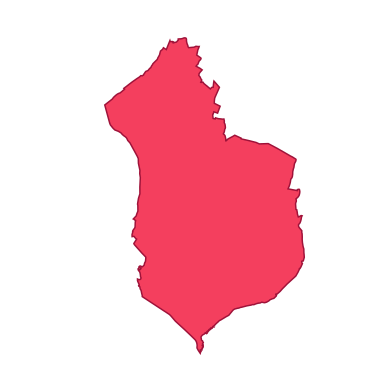 Spinus, Bihor, Romania, rotated 233°
{"feature_id": "2599482B16255250220443", "entity_name": "Spinus", "entity_type": "district", "adm_level": 2, "iso_a3": "ROU", "parent_name": "Romania", "parent_adm1": "Bihor", "projection": "mercator", "projection_center": [22.193, 47.203], "detail": "fine", "context": "isolated", "style": "filled", "palette": "rose", "viewbox_px": 384, "rotation_deg": 233, "n_neighbors": 0, "source": "geoboundaries", "source_scale": "gbopen_adm2", "svg_char_len": 5866}
<svg xmlns="http://www.w3.org/2000/svg" viewBox="0 0 384 384"><g transform="rotate(233 192 192)"><path d="M324.4,256.0L323.7,254.5L323.5,251.6L321.0,248.5L319.7,245.5L318.8,244.1L318.0,238.1L317.4,236.9L317.0,235.5L316.1,233.8L316.2,232.7L315.5,229.9L316.1,227.7L315.8,226.5L315.3,225.3L315.0,224.0L314.6,223.7L314.7,222.3L315.7,221.2L315.5,219.2L315.7,216.4L315.9,210.0L315.8,202.2L315.8,199.9L314.7,200.0L314.6,198.9L314.6,198.0L314.5,197.0L314.4,194.1L314.8,193.0L315.1,191.4L315.1,189.2L314.8,186.3L314.2,184.3L314.0,174.7L296.5,167.7L294.7,167.2L290.8,167.3L288.0,167.7L284.8,169.7L282.4,170.7L281.1,171.0L280.2,170.9L277.9,171.4L276.5,171.9L275.1,172.2L274.1,172.2L271.8,171.7L268.5,172.0L253.6,169.8L251.0,169.2L247.2,166.5L240.6,163.4L238.1,161.3L234.6,159.4L227.4,153.4L221.9,149.3L219.2,145.5L215.1,141.2L213.9,140.7L209.3,137.3L207.6,134.5L206.5,133.1L205.8,128.9L204.9,129.4L204.5,129.3L203.2,129.8L202.9,129.6L202.9,129.4L201.9,128.4L198.7,125.8L197.9,125.0L197.5,123.8L196.9,121.9L196.6,121.3L196.4,121.0L196.1,121.1L194.1,118.5L192.4,117.3L191.6,118.8L191.3,119.0L189.8,119.0L188.6,119.1L187.7,119.4L185.9,114.6L184.8,114.3L173.6,115.2L167.9,115.9L167.1,115.4L164.6,113.1L163.8,111.4L162.3,109.6L162.3,109.1L162.1,107.5L163.1,106.7L163.9,106.3L164.2,105.9L164.3,105.4L164.1,104.5L163.9,104.3L163.5,104.1L163.3,104.2L162.1,105.5L161.8,105.4L161.5,105.0L161.3,104.0L161.3,103.5L161.7,103.1L162.2,103.0L163.1,103.2L163.1,102.7L162.5,102.3L161.8,102.1L159.6,102.1L158.4,101.7L156.9,100.9L155.5,100.0L154.1,99.6L153.4,98.7L153.4,97.9L153.6,97.4L154.2,96.7L155.3,96.1L154.1,95.2L153.4,94.9L149.9,94.1L149.4,93.9L149.2,93.6L149.4,93.1L149.1,92.9L148.6,92.9L147.8,93.3L145.7,92.3L144.0,92.1L141.1,90.7L139.5,90.1L138.4,89.3L107.7,100.3L105.4,100.6L98.8,101.0L87.0,103.2L78.1,104.7L72.0,105.6L69.9,105.4L68.0,104.7L66.4,103.8L64.8,102.4L64.3,102.1L61.8,101.7L58.2,101.5L58.5,101.9L59.2,102.0L59.1,102.9L59.3,103.3L59.5,103.3L59.7,102.7L60.1,102.7L60.1,103.1L59.8,103.6L60.7,103.8L60.0,104.9L60.4,105.0L60.8,105.6L60.6,105.8L60.9,106.4L61.4,106.6L61.4,107.1L61.4,107.6L61.6,107.8L62.3,108.3L62.9,107.7L63.2,107.7L63.4,107.9L63.4,108.2L62.9,108.7L63.6,109.1L64.4,109.0L64.6,109.4L64.8,110.2L65.0,110.5L66.1,110.5L66.6,110.8L66.9,110.8L67.5,110.5L68.2,110.5L69.3,111.2L69.9,111.4L70.4,111.7L70.8,112.0L71.1,112.6L71.3,113.4L71.5,114.3L71.4,114.9L71.2,115.9L71.2,116.6L71.3,117.4L71.5,117.5L71.4,117.9L71.0,117.7L70.9,117.9L70.9,118.3L70.7,118.5L70.1,118.5L70.1,118.8L70.7,119.1L70.7,119.3L70.4,119.7L70.5,119.9L70.8,120.1L71.1,119.9L71.4,119.9L71.6,120.0L71.5,120.7L71.2,120.6L70.8,120.6L70.9,121.1L71.2,121.3L71.2,121.7L71.1,121.9L71.2,122.0L71.2,122.3L71.7,122.1L71.9,122.6L71.3,123.0L71.3,123.4L71.7,123.5L71.8,123.7L71.1,124.2L71.1,124.4L71.5,124.7L71.9,124.6L72.1,124.9L72.1,125.1L71.5,125.5L71.1,125.9L71.1,126.1L71.5,126.2L71.6,126.9L71.5,127.3L71.6,127.2L71.6,127.6L71.3,128.0L72.0,128.0L71.9,128.7L71.9,129.4L72.0,130.2L72.2,131.0L72.7,135.5L72.8,136.6L72.5,138.0L71.9,144.1L71.4,147.2L72.8,152.9L73.0,154.2L72.9,155.5L71.8,158.3L71.1,159.6L70.8,160.7L70.6,161.4L70.1,162.3L68.1,167.2L66.1,171.2L65.6,172.7L65.0,173.3L64.5,174.4L64.5,174.9L64.1,176.1L63.9,176.5L63.9,176.9L63.4,177.6L63.4,178.0L62.4,179.5L62.0,181.4L60.3,182.9L59.8,183.5L59.1,185.4L58.8,188.0L59.0,189.2L58.5,191.5L57.8,193.4L58.2,196.6L58.6,197.2L59.5,197.1L59.9,197.4L59.9,197.8L59.3,198.4L59.4,200.1L59.6,202.6L60.3,206.0L60.9,210.2L61.3,212.6L62.4,224.3L64.1,228.3L65.7,231.3L66.0,231.4L66.2,231.8L65.9,232.2L66.5,233.7L68.4,237.1L69.0,237.0L69.5,237.3L70.6,237.9L70.5,238.4L70.0,239.4L72.3,242.4L75.1,244.2L76.0,244.7L79.2,247.0L81.8,248.0L85.2,249.8L88.0,251.6L89.9,253.1L92.4,254.8L93.6,255.3L95.0,256.4L99.2,256.2L100.5,256.5L101.8,257.4L102.3,259.6L103.3,261.2L104.4,262.6L106.3,264.6L106.7,265.6L107.5,265.0L107.8,262.8L108.1,261.9L110.9,262.9L112.2,263.7L114.8,265.0L115.5,264.5L120.1,267.5L120.9,268.3L121.8,269.7L122.9,270.5L123.9,270.8L124.1,273.4L124.7,275.3L125.8,276.8L127.2,278.2L128.8,279.1L129.5,279.3L130.0,278.8L130.3,278.2L130.5,277.6L129.8,276.9L136.7,270.6L138.2,273.2L139.5,275.0L140.7,276.5L142.4,278.2L143.0,279.2L143.0,279.7L143.4,280.6L143.8,281.3L145.6,283.1L147.5,284.6L149.4,286.8L150.2,288.0L150.7,288.6L151.5,289.3L153.1,291.1L154.1,293.3L155.1,294.5L155.8,294.7L159.5,293.3L161.7,292.2L174.9,286.6L184.8,282.0L189.9,274.7L193.0,273.0L199.1,268.1L204.3,263.7L205.2,263.2L205.5,263.6L211.6,260.3L211.8,258.3L212.4,254.6L212.7,252.7L212.5,251.3L212.3,250.3L212.6,249.8L213.2,250.2L214.0,250.9L216.7,252.1L217.3,252.3L218.2,252.3L219.3,252.0L219.7,252.2L220.2,253.3L220.6,254.0L222.4,255.9L222.7,256.6L223.1,257.2L223.7,257.7L225.8,258.9L227.0,259.3L227.9,259.4L229.3,260.6L231.1,261.4L231.6,260.5L234.9,257.0L237.1,255.4L236.4,254.5L238.0,253.1L239.6,254.0L240.9,254.8L241.6,255.4L241.5,255.8L242.9,257.7L239.6,259.9L243.6,266.1L249.4,263.2L251.1,264.5L253.0,266.3L253.5,266.9L259.1,276.9L267.4,276.3L266.8,275.6L262.9,271.9L263.2,271.6L263.6,270.9L263.5,269.5L263.3,268.7L271.4,266.8L273.3,266.8L273.7,265.8L274.1,265.1L274.3,265.0L274.9,266.3L275.6,267.2L277.0,267.2L279.0,267.7L281.0,267.6L281.8,268.5L282.2,268.8L282.8,270.7L283.0,271.8L283.4,273.6L285.8,272.9L287.9,271.9L290.0,271.0L290.4,272.0L290.4,272.3L290.4,273.4L292.2,276.3L292.6,278.5L293.0,279.4L293.5,279.7L293.9,279.7L298.5,278.2L302.0,282.2L303.0,284.0L303.9,285.3L304.5,284.4L305.5,283.4L306.0,282.8L306.1,282.5L306.2,281.7L306.4,280.9L306.8,280.2L309.3,276.2L310.6,276.3L311.4,276.8L313.7,277.4L315.8,278.4L317.5,279.6L318.4,279.8L319.2,279.3L319.9,278.3L320.4,276.6L321.0,275.3L322.1,273.8L322.5,273.0L321.6,272.4L321.2,270.4L321.1,269.8L321.9,268.0L322.0,267.7L322.5,267.5L323.0,267.6L323.2,267.4L322.5,267.0L322.4,266.8L322.6,266.6L323.7,267.0L324.0,266.9L324.9,265.4L325.4,265.2L326.2,265.5L321.2,257.2L324.4,256.0Z" fill="#f43f5e" stroke="#9f1239" stroke-width="1.5"/></g></svg>